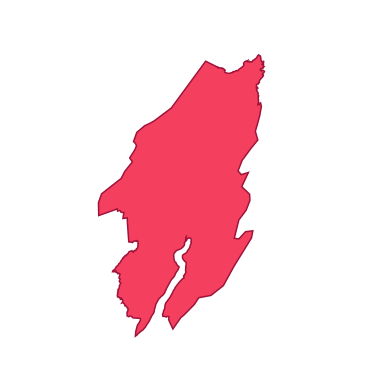 Årdal nor, Sogn og Fjordane, Norway (Robinson projection), rotated 305°
{"feature_id": "86288312B26469823377508", "entity_name": "Årdal nor", "entity_type": "district", "adm_level": 2, "iso_a3": "NOR", "parent_name": "Norway", "parent_adm1": "Sogn og Fjordane", "projection": "robinson", "projection_center": [7.89, 61.286], "detail": "fine", "context": "isolated", "style": "filled", "palette": "rose", "viewbox_px": 384, "rotation_deg": 305, "n_neighbors": 0, "source": "geoboundaries", "source_scale": "gbopen_adm2", "svg_char_len": 5901}
<svg xmlns="http://www.w3.org/2000/svg" viewBox="0 0 384 384"><g transform="rotate(305 192 192)"><path d="M246.7,214.9L262.1,215.3L272.3,216.1L278.0,209.1L287.0,206.0L293.1,203.8L302.0,199.7L304.2,197.2L303.7,197.1L304.0,196.9L303.8,196.8L303.3,196.7L303.2,196.9L302.6,196.9L302.5,196.6L301.8,196.6L301.6,196.3L302.2,196.0L301.4,196.2L301.1,195.9L301.5,195.6L303.8,195.0L305.4,193.7L305.8,193.5L306.0,193.1L307.0,192.3L309.0,191.4L309.0,191.1L308.8,191.0L309.6,190.3L310.8,189.6L311.3,189.0L311.5,188.1L312.1,187.1L312.5,186.9L312.5,186.4L313.4,186.2L313.3,185.9L313.9,185.6L314.2,184.9L314.7,185.2L315.0,186.1L315.3,185.7L315.3,184.9L315.7,184.5L315.8,183.8L316.1,183.7L316.4,183.4L316.9,183.3L318.6,183.8L318.6,184.1L319.1,183.8L319.9,184.4L320.3,184.4L320.9,183.8L322.2,183.3L323.6,183.5L324.7,183.4L326.4,183.8L327.6,183.8L328.5,183.6L328.8,183.3L328.8,182.9L328.5,182.5L328.9,182.0L330.3,182.2L330.7,182.4L332.4,182.2L332.5,181.1L332.4,180.4L332.1,180.0L330.9,179.4L330.9,178.7L331.8,178.0L330.8,178.2L331.3,177.9L330.8,177.4L331.3,177.7L332.7,177.7L332.8,178.3L333.7,178.6L333.8,178.9L334.0,178.9L334.2,179.1L334.5,178.9L335.0,178.9L335.6,179.1L335.8,179.1L335.5,178.7L335.6,178.4L336.9,177.9L337.6,177.3L337.1,177.0L336.9,176.4L338.3,176.6L338.8,176.4L338.5,176.2L339.4,176.2L340.0,176.0L340.1,175.7L339.4,175.2L338.8,174.6L338.7,174.1L339.1,173.7L339.4,173.3L340.1,172.3L340.8,171.9L342.6,170.1L342.5,167.9L341.3,167.7L338.8,167.9L337.0,167.4L336.1,167.0L335.8,167.1L334.6,166.4L333.5,166.6L333.5,166.4L333.1,166.3L332.3,165.6L332.1,165.1L331.6,164.9L331.7,164.7L331.7,164.3L332.0,164.4L332.0,164.1L331.2,163.3L331.4,163.3L331.4,163.2L330.8,162.3L331.3,162.2L330.7,162.0L330.8,161.7L330.1,161.0L329.0,160.5L327.3,160.4L326.5,160.8L326.1,161.3L325.5,161.7L324.5,161.7L322.4,161.3L322.2,161.0L318.6,159.9L317.7,160.0L317.0,159.0L316.9,158.6L315.5,158.0L314.8,157.5L314.2,156.6L313.6,156.6L313.2,156.8L312.9,156.6L312.3,155.8L311.0,154.9L309.8,153.3L309.2,151.6L309.0,150.5L309.1,149.9L309.4,149.5L310.6,149.4L310.9,149.0L310.9,148.3L310.7,147.9L311.1,147.3L310.9,146.7L311.0,146.1L310.2,145.9L310.5,145.2L309.7,143.4L308.6,142.4L308.6,142.1L309.2,141.7L309.3,141.3L308.9,141.0L307.3,130.4L307.0,128.2L249.1,126.9L228.7,120.3L223.9,118.0L219.1,115.2L209.2,112.6L199.7,115.2L199.3,117.9L198.0,120.0L193.7,121.0L184.2,121.4L184.0,121.7L182.5,125.9L170.3,125.1L162.6,126.2L138.7,119.0L129.6,121.5L119.2,129.1L134.4,139.9L135.3,140.2L133.7,142.1L135.6,143.5L134.7,145.6L136.1,147.9L130.7,150.6L133.6,153.8L130.3,156.3L114.9,168.8L115.4,170.1L116.1,170.6L116.3,171.5L116.3,172.1L116.9,172.4L117.9,172.3L119.2,173.4L119.5,174.2L120.1,174.2L119.9,174.8L120.4,175.0L120.7,175.8L118.6,177.5L118.6,177.8L117.0,178.4L116.7,178.8L115.3,179.2L114.9,179.5L113.3,179.1L113.3,179.4L112.3,179.6L111.4,179.3L111.3,178.5L110.5,178.3L109.1,178.5L109.2,178.1L109.4,178.0L109.4,177.4L109.0,177.0L108.9,176.6L109.3,176.4L107.2,174.8L106.1,174.7L105.0,174.9L104.1,174.7L103.7,174.8L103.3,174.4L101.9,174.4L101.8,173.8L101.4,173.7L100.6,173.7L98.5,173.2L98.1,173.4L98.2,173.6L96.6,173.3L92.4,173.6L91.9,173.3L91.1,173.2L89.6,173.4L87.1,172.8L83.9,173.2L83.3,172.8L83.1,172.5L81.8,172.4L81.2,172.6L81.6,173.0L81.5,173.4L81.9,173.8L83.5,175.0L82.8,175.3L83.1,175.7L82.6,176.3L82.9,177.0L83.2,177.3L82.6,178.3L82.9,178.4L83.5,178.9L83.3,179.5L83.5,179.8L83.1,180.4L82.3,180.7L81.2,180.8L79.5,181.7L79.6,183.1L79.3,183.2L77.7,183.4L77.0,183.9L76.7,184.4L76.7,185.7L75.9,186.0L73.7,186.2L73.4,186.6L72.7,186.8L71.9,187.3L70.9,187.5L69.8,187.3L69.7,187.8L68.9,187.9L68.3,188.5L67.5,188.4L67.2,188.9L66.3,189.1L65.6,189.9L64.8,189.9L63.3,191.2L64.1,192.1L63.6,193.4L64.1,193.9L64.2,194.3L63.8,194.7L63.0,195.1L63.5,195.6L64.4,195.6L63.8,196.7L63.8,197.0L62.9,198.1L60.9,198.2L61.6,198.7L61.8,199.2L61.6,199.8L61.6,200.6L60.8,201.8L60.9,202.1L60.3,202.6L60.9,203.2L59.7,206.1L59.9,206.4L58.2,207.5L56.2,207.8L53.3,209.9L53.4,211.4L53.9,212.0L54.7,212.3L55.2,212.8L55.4,213.2L55.5,214.1L55.1,214.7L55.1,216.0L58.1,220.9L58.6,222.1L58.4,222.6L57.4,223.3L55.1,223.6L51.6,223.7L45.6,225.9L41.4,228.3L43.4,229.0L45.1,229.1L47.6,229.8L51.0,230.9L54.5,231.3L56.9,231.1L62.2,231.0L63.6,230.6L65.8,230.4L67.1,230.1L70.9,230.0L72.1,229.7L73.5,229.0L78.4,227.1L80.0,226.7L83.5,226.3L85.7,226.2L89.2,226.8L90.6,227.3L93.3,227.5L98.9,226.4L107.3,225.5L109.3,225.5L113.0,225.9L115.6,225.3L117.0,225.1L119.7,225.2L122.4,224.7L123.4,224.3L123.5,223.8L123.4,223.0L123.7,221.7L124.0,220.8L124.6,220.1L124.8,219.5L125.1,219.0L125.0,218.3L125.4,217.3L127.3,215.2L130.1,213.0L131.1,212.5L132.9,212.6L133.6,212.9L134.9,212.7L137.9,214.7L139.3,215.5L141.5,216.1L143.2,216.3L144.9,215.9L146.2,214.9L147.5,215.0L149.8,213.9L151.5,212.7L151.3,213.0L152.2,213.0L151.9,213.2L151.0,213.4L149.9,214.2L148.5,214.7L148.3,215.0L149.1,215.3L148.8,215.2L149.3,215.1L149.3,215.3L150.5,215.0L152.2,215.5L152.6,216.1L153.3,216.4L153.3,216.7L153.1,217.0L153.2,217.6L152.8,218.3L151.4,219.5L150.5,219.7L150.5,220.2L150.3,220.3L149.5,220.7L147.9,221.0L145.6,221.8L143.9,222.1L141.2,222.0L140.1,222.3L138.3,222.0L135.8,220.8L134.9,220.6L134.3,220.8L133.2,221.5L132.2,222.5L131.4,224.4L131.5,224.9L131.1,225.5L131.1,226.4L130.9,226.9L131.0,227.3L130.3,228.1L127.7,229.6L127.1,229.7L126.9,230.1L124.0,231.7L123.2,232.6L122.1,233.2L118.7,233.3L118.8,233.6L118.2,233.5L116.9,234.7L115.4,234.0L111.0,233.3L103.9,233.0L102.1,233.4L100.8,233.3L97.5,233.9L93.1,234.4L85.9,234.2L84.1,234.7L81.1,236.4L78.1,237.0L76.9,237.6L75.1,238.0L73.6,239.2L73.4,239.6L74.2,240.3L74.2,240.6L74.5,241.0L74.8,242.6L76.4,243.6L76.6,244.0L76.4,244.6L75.5,245.4L74.0,246.1L68.8,254.9L82.8,254.9L86.7,256.0L101.0,258.4L109.3,258.2L118.1,266.8L133.3,271.4L155.1,269.0L188.4,267.1L195.1,264.1L190.2,258.6L180.5,257.3L178.3,253.2L196.0,246.4L208.1,246.8L218.3,244.3L223.2,240.5L224.9,229.7L240.3,227.0L234.5,222.4L235.7,217.6L246.7,214.9Z" fill="#f43f5e" stroke="#9f1239" stroke-width="1.5"/></g></svg>